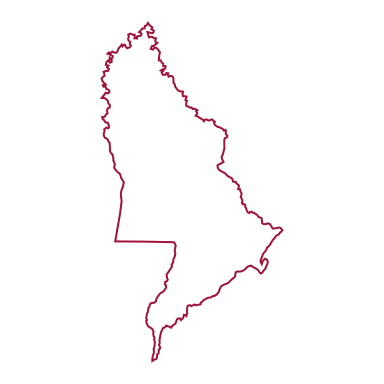 Sengés, Paraná, Brazil
{"feature_id": "56859067B25271231685187", "entity_name": "Sengés", "entity_type": "district", "adm_level": 2, "iso_a3": "BRA", "parent_name": "Brazil", "parent_adm1": "Paraná", "projection": "robinson", "projection_center": [-49.46, -24.265], "detail": "fine", "context": "isolated", "style": "outline", "palette": "rose", "viewbox_px": 384, "rotation_deg": 0, "n_neighbors": 0, "source": "geoboundaries", "source_scale": "gbopen_adm2", "svg_char_len": 5902}
<svg xmlns="http://www.w3.org/2000/svg" viewBox="0 0 384 384"><path d="M260.8,259.7L262.3,256.1L262.8,254.3L266.3,249.9L266.9,247.8L269.6,245.3L270.7,243.4L273.0,239.7L274.3,238.5L276.0,236.0L277.5,235.0L278.9,234.4L279.9,232.6L281.1,231.9L282.4,230.3L280.6,228.0L278.9,227.5L277.6,227.9L274.0,228.6L272.6,228.4L270.7,225.2L269.9,224.1L267.7,223.3L265.9,224.1L263.9,224.2L262.2,223.2L262.0,221.7L261.7,218.3L260.5,217.6L258.5,217.0L257.2,214.9L255.1,213.7L253.9,212.6L252.4,212.8L251.6,211.6L250.1,212.0L249.2,213.1L248.0,212.5L246.7,210.4L246.1,208.2L245.2,207.1L245.4,205.4L244.3,204.2L242.7,204.3L241.9,202.8L242.5,201.2L241.9,199.1L240.7,196.8L241.4,194.9L241.6,193.4L240.5,191.5L239.9,189.1L238.1,189.1L238.6,187.3L239.0,185.6L237.5,184.2L236.2,183.2L235.7,181.9L234.1,181.7L232.9,181.6L232.6,179.6L231.7,178.1L228.8,176.8L227.6,175.8L226.5,175.0L225.6,173.7L222.0,171.6L219.9,170.5L218.8,169.5L217.7,167.4L217.5,165.4L219.0,164.4L223.5,162.0L222.5,160.0L221.8,158.2L221.7,156.4L222.9,154.4L224.4,148.2L224.3,145.4L224.3,142.7L224.3,139.6L225.0,138.1L226.9,137.3L227.4,135.8L225.7,133.7L225.9,131.3L225.5,129.9L223.9,130.6L223.1,129.3L221.3,128.1L220.0,127.7L218.9,127.1L217.5,126.8L215.1,125.2L213.9,123.0L214.9,121.8L213.5,120.8L211.9,119.3L209.0,120.6L206.0,119.4L204.5,119.9L203.9,121.2L202.5,119.5L199.2,117.6L198.0,116.6L195.7,115.8L197.3,113.3L196.1,111.2L197.3,110.2L194.9,108.8L192.8,109.0L191.6,107.5L190.4,107.8L188.6,106.6L186.8,106.3L186.1,105.2L186.3,102.4L187.0,100.9L185.4,100.1L185.8,98.7L186.6,96.6L184.7,96.2L183.0,96.2L182.5,93.9L183.0,91.7L180.6,91.4L178.1,90.5L176.8,88.9L175.2,86.6L174.8,84.5L173.4,82.4L173.4,80.9L173.5,79.0L172.8,76.7L171.6,76.0L169.9,76.0L168.6,76.7L168.0,75.1L168.3,73.3L166.4,73.0L165.5,74.8L164.0,74.9L162.7,74.7L161.7,72.8L163.1,71.2L160.9,70.5L162.3,69.4L164.5,69.2L165.5,67.7L165.5,66.1L163.3,66.1L163.2,63.6L161.7,62.5L160.7,60.3L158.8,60.4L159.1,57.3L159.3,55.1L159.9,52.1L158.4,50.2L157.3,48.6L155.7,47.7L154.3,47.8L153.1,49.6L150.7,48.9L151.4,47.3L151.9,46.1L153.4,46.0L154.9,44.9L157.3,43.0L155.8,42.3L155.2,41.0L155.9,38.3L153.5,38.0L152.2,36.7L149.0,37.4L148.0,34.1L147.4,32.1L149.5,32.5L152.0,33.2L153.4,32.7L153.8,30.5L151.4,29.3L152.4,27.5L150.1,25.6L148.8,24.2L147.9,23.0L146.5,25.5L144.8,26.0L144.6,28.4L142.3,28.5L141.6,29.7L139.1,32.1L140.6,32.8L141.6,33.8L140.7,35.8L138.7,36.0L137.0,36.5L137.0,38.5L134.4,38.3L134.8,36.3L134.6,34.7L133.3,35.0L131.9,34.1L129.9,33.6L128.2,34.8L128.9,36.4L128.1,38.9L128.5,40.4L130.2,42.0L129.7,43.9L131.0,45.5L129.8,47.2L127.2,48.3L125.6,46.5L125.0,44.8L123.8,44.8L122.5,46.3L121.7,44.6L120.4,46.3L118.5,48.6L117.5,51.1L116.8,52.4L115.6,52.8L113.8,52.4L112.4,51.6L110.8,53.0L108.8,52.4L107.6,53.7L109.2,54.0L111.0,55.0L112.5,55.8L112.7,57.2L111.1,59.4L111.8,60.8L111.5,62.1L109.9,62.7L109.0,61.3L107.8,60.7L106.4,62.3L105.9,64.8L108.4,65.6L106.9,67.2L108.9,68.9L108.2,70.8L105.6,71.0L103.6,71.9L104.2,73.5L104.5,75.9L102.5,77.3L101.6,78.5L101.9,80.0L103.6,82.5L105.6,84.4L103.9,84.7L102.8,85.3L103.6,86.7L105.4,86.4L106.3,88.8L108.4,89.8L109.4,90.8L109.2,92.4L107.9,93.4L105.6,92.7L104.3,94.7L101.7,97.9L102.9,98.0L104.4,97.9L106.0,99.2L107.0,99.9L107.9,100.9L108.4,103.4L110.0,105.4L109.6,107.7L108.1,108.1L107.0,109.8L107.2,111.6L107.5,113.5L106.0,114.4L104.7,116.8L102.2,117.1L102.6,119.0L103.9,119.9L104.9,121.6L106.0,122.6L107.7,122.6L109.2,126.5L108.3,128.3L106.3,127.6L104.2,129.4L104.6,131.2L104.1,132.5L103.6,134.3L104.0,136.0L104.9,137.8L106.2,138.3L107.5,139.2L108.1,140.7L109.7,143.2L109.8,146.7L110.2,148.3L109.8,150.6L111.1,153.4L112.3,154.1L112.9,156.4L113.5,158.7L113.2,160.1L114.1,162.0L114.9,164.7L114.3,166.4L114.2,167.8L115.4,169.7L116.3,170.6L117.3,171.8L119.1,173.2L120.1,174.3L121.2,178.0L122.4,179.7L123.8,182.3L122.8,186.9L122.0,188.8L121.4,190.7L120.9,193.0L120.9,196.3L121.3,198.4L121.6,201.2L120.0,214.0L115.2,241.4L141.1,241.6L142.4,241.6L173.8,242.2L175.0,243.7L175.7,245.7L175.1,248.4L174.7,251.0L175.2,252.6L175.3,254.1L174.8,256.2L174.1,257.9L173.3,259.5L173.3,261.1L173.0,262.7L171.7,264.4L171.9,266.6L171.2,267.9L170.4,269.0L169.5,270.2L168.2,272.4L166.6,274.4L166.9,277.4L167.7,279.7L167.0,281.2L165.2,281.8L164.9,284.4L166.0,285.3L166.1,287.6L165.1,289.2L163.9,290.9L162.5,292.2L161.3,292.6L159.6,294.0L158.3,295.8L157.2,297.4L156.4,299.0L156.0,301.2L154.0,302.8L152.3,302.9L150.4,303.5L149.6,305.3L149.4,307.0L148.2,308.3L148.2,310.4L147.8,312.3L147.0,313.6L146.5,316.1L146.2,318.3L147.0,320.1L146.1,321.1L146.7,323.4L148.1,326.2L149.8,327.4L152.0,328.7L153.5,331.4L153.2,333.9L153.7,336.4L154.6,337.9L154.1,339.7L154.9,341.9L154.7,343.6L154.5,346.1L153.6,349.6L154.0,351.6L153.7,353.4L152.8,356.0L152.5,357.7L152.3,359.4L152.4,361.0L154.2,359.6L155.9,359.2L156.9,357.9L157.0,356.3L157.2,354.3L158.4,353.6L158.8,351.6L158.8,349.5L160.2,348.4L159.9,346.7L159.0,344.9L159.7,343.0L159.5,340.1L160.6,334.0L161.3,331.6L162.3,329.6L162.8,328.2L165.0,327.4L166.2,325.6L168.0,326.4L169.4,326.6L171.1,327.7L172.5,325.5L174.1,324.6L175.5,323.5L176.6,320.2L177.4,318.8L179.8,318.3L180.9,320.1L182.1,319.2L183.7,316.6L183.9,314.8L185.4,315.0L186.4,316.0L187.1,313.3L187.0,310.4L187.3,307.5L187.6,305.9L189.9,305.1L191.3,306.1L194.6,304.5L195.8,305.3L198.0,304.8L200.6,304.3L200.8,302.7L202.2,301.7L204.0,299.7L205.8,299.2L207.0,298.2L208.4,297.7L210.2,297.7L213.1,296.0L214.4,296.1L215.4,295.1L216.6,294.8L217.8,293.0L218.8,292.1L219.5,289.5L221.2,286.2L224.7,284.3L226.7,283.7L229.1,282.2L230.2,280.8L234.8,276.9L235.3,275.6L235.3,273.9L235.9,272.1L237.5,271.5L239.5,271.6L241.1,271.4L243.1,270.6L244.3,269.9L246.2,268.2L247.3,266.8L249.4,266.0L251.2,265.6L252.3,266.6L256.7,269.0L257.7,269.7L258.5,270.8L259.5,272.2L260.6,273.5L262.3,272.6L263.4,270.9L265.8,268.1L265.9,266.7L267.2,264.5L267.8,262.3L267.1,259.8L265.2,258.7L262.9,260.7L261.8,264.1L260.5,261.6L260.8,259.7ZM111.1,59.4L109.7,57.5L109.4,60.0L111.1,59.4Z" fill="none" stroke="#9f1239" stroke-width="2"/></svg>